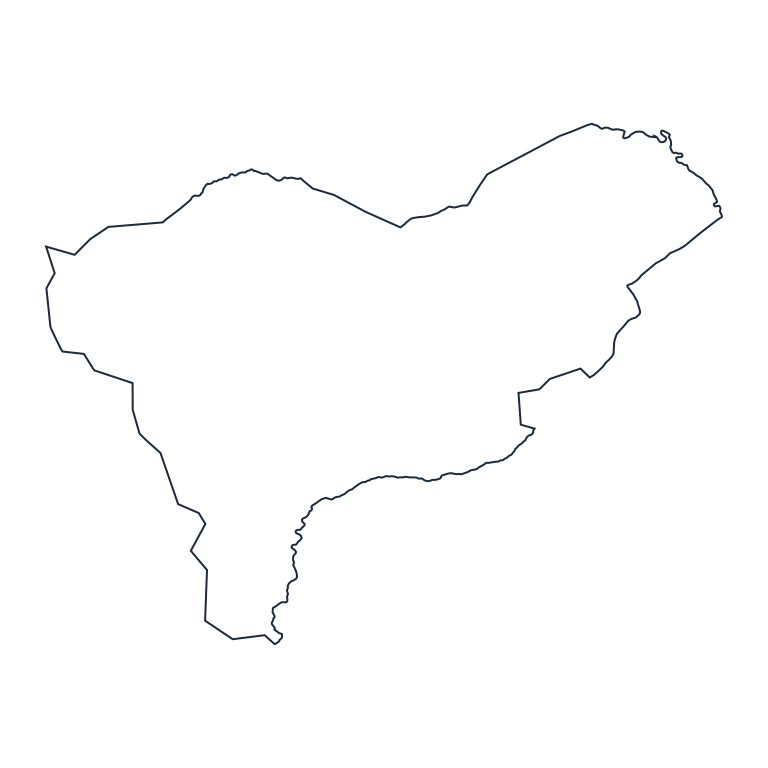 outline of Xovd, Hovd, Mongolia
{"feature_id": "93677404B84217279169077", "entity_name": "Xovd", "entity_type": "district", "adm_level": 2, "iso_a3": "MNG", "parent_name": "Mongolia", "parent_adm1": "Hovd", "projection": "equal_earth", "projection_center": [91.437, 48.034], "detail": "fine", "context": "isolated", "style": "outline", "palette": "slate", "viewbox_px": 768, "rotation_deg": 0, "n_neighbors": 0, "source": "geoboundaries", "source_scale": "gbopen_adm2", "svg_char_len": 6115}
<svg xmlns="http://www.w3.org/2000/svg" viewBox="0 0 768 768"><path d="M534.5,428.6L520.8,424.7L518.5,392.9L539.0,389.4L540.7,388.1L549.7,379.0L580.5,368.6L589.8,377.5L594.0,374.9L598.5,370.9L602.9,366.7L605.5,363.0L609.1,359.6L611.9,356.6L613.5,353.8L614.2,342.6L615.0,338.8L616.9,333.8L624.0,325.9L627.7,321.4L629.0,320.3L630.3,319.5L632.5,318.5L634.1,318.1L635.7,317.5L639.0,314.7L639.8,313.6L640.0,312.2L639.9,310.5L637.7,303.4L637.4,301.7L633.4,294.5L631.6,292.2L630.0,289.9L627.9,287.5L627.3,285.6L629.0,284.6L632.0,283.6L636.3,280.8L639.1,278.2L641.0,275.7L644.1,273.0L655.8,263.3L664.9,258.2L666.5,256.7L669.9,253.3L679.5,249.0L685.0,245.7L699.0,234.0L716.9,220.2L721.9,217.0L721.9,215.7L720.8,213.3L720.0,211.8L719.9,210.8L720.4,209.6L720.4,208.4L720.3,207.7L719.7,206.5L719.2,205.9L718.4,205.9L715.1,206.4L714.5,206.0L713.9,205.1L713.9,204.3L714.4,203.6L716.6,202.5L717.0,201.4L716.6,199.8L714.0,195.0L712.9,191.7L712.6,190.4L711.9,189.4L708.7,185.5L706.0,183.3L702.6,179.4L700.6,177.7L696.4,175.3L694.0,173.2L691.1,171.4L689.5,170.7L688.1,168.6L687.6,166.8L686.9,165.2L685.6,165.2L683.2,164.3L682.5,163.5L681.1,162.8L679.5,162.9L677.7,162.0L677.0,161.1L676.2,158.9L676.3,157.9L676.8,157.3L680.6,157.1L681.8,156.7L682.5,156.1L682.1,154.4L681.4,153.7L680.1,153.5L678.1,153.7L676.2,152.7L673.9,153.0L673.0,152.6L672.3,152.0L671.0,149.3L670.3,147.3L671.1,144.8L670.9,141.5L670.3,139.5L669.2,138.0L669.0,136.9L669.6,135.3L669.6,134.5L668.9,133.7L663.7,130.9L662.1,130.6L661.2,131.1L661.0,132.8L661.8,134.4L663.5,135.8L665.5,137.0L666.2,138.6L665.6,140.5L663.7,142.0L661.8,142.2L660.1,141.8L658.8,140.3L657.0,137.4L655.9,136.6L654.4,136.0L654.9,137.1L649.4,136.6L646.7,135.1L645.5,134.3L644.4,133.2L642.7,132.1L640.2,131.6L637.2,131.7L635.1,132.1L630.5,134.9L629.8,136.0L629.2,136.7L627.9,137.3L624.8,138.3L623.9,138.1L623.4,137.8L623.2,136.9L624.1,133.4L624.7,131.7L623.6,130.6L618.1,129.3L615.9,129.3L613.5,129.7L611.6,129.4L608.0,127.8L606.1,127.6L603.8,128.0L602.2,128.8L601.5,128.7L599.8,127.6L597.7,125.8L593.6,124.6L592.7,124.0L591.7,123.9L590.6,124.1L589.7,124.5L588.1,124.8L572.8,131.1L559.7,136.0L487.3,174.3L480.4,184.3L472.3,197.3L470.0,201.8L468.3,204.3L467.1,205.5L463.0,205.5L461.5,205.7L454.8,207.5L452.7,207.3L449.3,206.6L448.5,206.8L445.0,209.2L440.6,211.2L437.9,213.0L431.2,215.4L424.6,216.7L418.2,217.2L413.3,218.0L411.5,218.5L410.2,219.3L408.1,221.0L405.7,223.0L404.9,224.0L400.4,227.4L365.1,211.6L334.1,195.0L312.7,188.5L303.6,181.0L300.8,178.3L298.7,178.8L296.2,178.8L293.8,178.0L291.8,177.7L290.0,177.8L287.7,178.3L286.5,178.1L285.5,177.6L284.4,177.5L283.7,177.7L282.2,179.3L280.6,180.2L278.9,180.7L278.1,180.6L276.2,180.0L268.6,174.5L267.2,173.7L266.2,173.6L263.2,173.9L262.2,173.7L255.2,170.9L254.0,171.0L253.3,170.2L252.2,169.5L251.0,169.4L249.1,170.6L247.3,170.9L245.9,172.3L241.4,172.5L238.6,173.5L237.0,174.8L235.4,175.6L234.5,175.5L232.6,174.3L231.2,174.3L230.1,175.0L228.9,177.0L228.2,177.4L227.1,177.9L224.1,177.8L222.4,178.9L221.0,179.5L218.7,179.8L216.7,181.3L213.8,181.4L211.9,183.2L209.3,184.0L207.5,183.8L206.0,185.0L204.9,186.6L203.6,188.8L202.4,192.6L201.1,193.5L200.3,195.0L199.5,195.6L198.7,195.8L195.9,195.8L194.9,195.6L194.3,195.7L192.3,197.0L191.5,198.1L191.1,199.2L190.5,199.9L188.9,201.4L179.3,209.4L165.7,219.7L162.8,222.4L108.4,226.9L90.5,238.9L74.6,254.8L46.1,246.6L54.7,273.2L46.4,288.3L50.4,326.7L51.6,329.8L59.8,346.9L62.4,351.5L83.9,353.9L92.9,368.3L94.4,370.4L132.6,383.1L132.7,409.7L139.5,433.6L146.5,440.5L160.5,453.0L178.1,504.1L198.7,513.0L205.4,523.9L190.8,550.8L207.0,570.0L205.1,620.7L232.7,639.2L264.7,635.2L274.6,644.1L276.3,643.4L278.3,642.0L279.3,640.9L279.9,639.6L281.8,638.0L282.1,637.0L281.9,635.9L282.1,634.6L281.8,634.0L278.5,632.8L277.6,631.9L275.9,630.6L275.0,630.2L274.4,629.6L274.5,629.1L274.8,628.5L274.6,627.7L271.9,624.1L271.8,623.0L272.0,622.2L272.7,621.1L273.7,617.9L274.3,617.5L274.6,616.9L274.6,616.3L272.7,612.5L272.6,611.5L272.8,610.4L272.8,608.7L273.0,608.0L276.6,605.8L278.5,604.2L281.0,602.6L282.2,602.2L285.3,602.3L286.4,602.2L287.2,601.3L287.4,599.3L287.0,596.9L287.4,595.4L288.0,594.4L287.8,593.1L287.0,591.0L287.0,590.1L287.6,588.7L287.9,587.5L287.7,586.3L288.8,583.5L291.7,581.0L293.9,580.3L296.1,578.7L297.0,577.1L296.7,573.4L295.5,569.8L293.2,564.9L294.1,562.7L293.8,561.7L293.0,559.9L293.3,556.1L295.9,552.9L295.9,551.7L295.2,550.4L291.9,548.1L291.6,547.3L291.8,546.3L292.3,545.5L292.9,545.0L295.9,544.6L296.6,544.0L297.8,542.1L300.2,540.1L301.7,538.0L300.7,535.6L299.5,534.6L296.4,533.2L295.7,532.3L295.6,531.3L296.2,530.5L296.8,530.2L297.8,529.9L300.1,529.8L300.8,529.3L301.5,528.5L301.9,527.6L303.3,526.6L304.3,525.6L304.7,524.6L304.5,523.8L302.9,522.3L302.2,521.4L301.9,519.8L302.6,518.7L306.0,517.1L307.4,515.8L308.7,514.0L309.2,512.2L309.8,511.2L310.9,510.7L311.9,509.7L312.0,508.7L311.6,507.7L311.5,506.5L312.3,505.5L315.8,503.3L321.6,499.2L325.2,498.1L326.5,498.0L331.0,499.5L332.8,499.0L334.4,497.8L335.8,497.2L339.7,496.5L341.0,495.6L344.8,493.9L347.2,491.7L349.2,490.4L350.8,489.7L352.0,489.4L354.5,487.3L359.0,484.1L362.2,482.2L364.6,482.1L366.2,481.6L367.6,480.7L369.3,480.4L371.2,479.1L376.2,478.0L378.3,477.0L381.9,477.6L383.2,477.3L385.2,476.4L386.9,476.1L388.6,476.5L391.6,476.2L394.6,476.6L398.0,477.7L400.1,477.3L403.9,477.3L404.5,476.9L405.3,476.8L410.7,477.5L412.8,477.4L416.6,477.6L418.2,478.4L419.7,478.7L420.5,478.5L422.1,478.5L423.8,479.8L425.4,480.7L428.6,481.2L432.5,479.9L435.5,479.9L439.9,478.6L440.9,477.5L441.3,476.2L442.0,475.4L448.4,473.5L451.1,473.2L456.7,474.2L458.3,473.9L460.2,474.2L461.9,474.1L467.5,472.1L471.3,470.1L474.0,469.8L477.2,468.8L478.4,467.6L483.6,464.8L484.8,464.0L485.2,463.4L485.8,463.0L486.8,462.8L488.2,462.9L496.0,461.7L497.9,461.7L500.6,460.3L502.2,460.3L503.3,460.0L504.7,458.7L506.7,457.9L508.9,455.9L511.2,454.8L512.0,454.1L512.6,453.1L514.0,451.5L514.6,450.7L514.9,449.6L515.6,448.7L516.8,447.7L518.8,445.3L522.2,443.2L522.8,442.3L523.6,441.5L524.7,440.8L525.6,439.7L527.0,437.0L527.5,436.7L528.0,436.1L529.0,435.4L531.0,434.9L532.0,434.2L532.9,433.1L533.2,432.2L533.2,431.0L533.4,430.3L534.5,428.6Z" fill="none" stroke="#1e293b" stroke-width="2"/></svg>